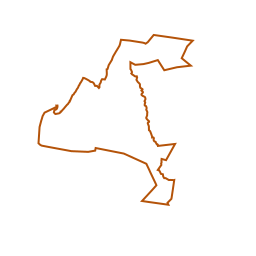 the district of San Agustín Chayuco, Oaxaca, Mexico, rotated 71°
{"feature_id": "50627088B20812688869072", "entity_name": "San Agustín Chayuco", "entity_type": "district", "adm_level": 2, "iso_a3": "MEX", "parent_name": "Mexico", "parent_adm1": "Oaxaca", "projection": "orthographic", "projection_center": [-97.81, 16.455], "detail": "fine", "context": "isolated", "style": "outline", "palette": "amber", "viewbox_px": 256, "rotation_deg": 71, "n_neighbors": 0, "source": "geoboundaries", "source_scale": "gbopen_adm2", "svg_char_len": 3446}
<svg xmlns="http://www.w3.org/2000/svg" viewBox="0 0 256 256"><g transform="rotate(71 128 128)"><path d="M62.3,125.8L65.4,128.0L65.6,128.2L65.6,129.1L69.3,130.2L70.9,130.8L72.3,131.8L73.3,132.8L74.6,134.1L74.1,135.1L73.4,136.6L74.5,138.0L76.1,139.0L77.7,140.9L80.3,141.8L80.4,142.0L80.7,142.5L78.0,143.7L77.5,145.4L74.5,145.8L73.1,146.6L72.1,148.5L71.6,148.6L71.4,148.8L70.1,149.7L67.5,152.1L66.4,153.3L66.0,154.1L67.2,155.1L69.2,157.4L69.8,158.1L69.9,158.5L71.7,160.2L71.8,160.6L73.4,162.0L73.7,162.3L74.8,163.9L75.0,164.1L75.7,164.8L76.7,165.9L77.4,167.2L78.5,168.4L78.9,169.8L79.2,170.1L82.6,173.2L83.2,173.7L83.2,174.1L83.4,174.3L83.8,174.3L84.4,174.9L84.5,175.4L85.0,176.0L85.9,177.2L86.1,177.9L88.1,181.3L88.7,182.2L89.8,184.3L90.6,185.6L90.5,186.4L90.8,186.6L91.1,186.6L91.5,187.5L91.7,188.4L91.3,191.0L91.2,191.9L90.7,192.4L89.1,193.0L87.2,191.8L87.0,189.8L86.9,189.6L86.6,189.0L85.7,188.2L84.6,187.6L83.8,187.4L83.5,188.4L84.0,188.4L84.8,188.8L84.8,189.3L85.2,192.3L86.3,201.9L89.0,204.9L90.6,206.0L92.0,207.0L92.6,207.5L93.7,208.2L93.8,208.3L98.0,211.1L98.3,211.3L113.3,217.6L115.5,216.4L116.6,215.3L120.1,209.2L131.5,189.0L137.6,173.4L138.7,166.4L136.4,165.1L150.8,140.3L167.8,122.3L175.1,121.5L176.5,121.4L189.8,119.9L191.4,119.8L194.6,125.5L196.1,128.3L201.6,138.5L204.4,133.1L213.7,114.8L211.6,115.0L209.1,110.0L208.5,109.7L208.0,109.4L200.9,105.7L192.2,101.2L192.1,102.0L191.7,102.8L190.9,104.9L190.5,106.3L187.7,108.7L187.2,110.1L185.4,110.5L183.1,110.1L182.1,111.8L179.9,112.0L177.9,112.4L177.8,113.0L177.4,113.5L175.8,111.3L173.8,108.5L172.2,108.2L171.7,107.6L170.9,107.3L169.7,107.0L168.2,106.3L170.8,102.5L158.4,88.7L154.7,105.5L153.6,105.2L153.0,105.5L153.0,106.0L152.8,106.1L150.5,106.5L150.1,106.4L149.9,106.6L149.2,107.4L148.9,107.5L148.4,107.7L148.0,107.7L147.1,107.5L146.7,107.2L146.2,106.9L145.8,106.9L145.5,106.9L145.3,107.0L145.0,107.5L144.8,108.3L144.0,108.0L141.1,108.0L138.4,108.1L137.8,108.3L137.2,108.7L136.9,108.9L133.1,107.7L130.1,107.8L129.5,107.5L129.2,106.9L129.2,106.6L129.1,106.3L129.1,106.2L128.5,105.9L127.0,106.7L125.3,107.4L124.7,107.4L124.4,107.5L124.2,107.4L122.3,105.8L120.2,105.0L119.8,104.7L118.7,104.5L116.7,104.8L116.5,104.6L115.4,104.0L114.7,103.8L113.5,103.8L113.1,103.9L112.2,104.8L111.9,104.8L110.8,104.4L110.7,104.2L109.9,103.7L109.7,103.5L109.3,103.5L109.1,103.4L108.2,103.7L107.9,103.6L107.0,102.6L106.4,102.1L105.6,101.9L104.5,101.9L104.0,102.1L103.9,102.2L103.6,102.5L103.1,102.9L103.0,103.0L102.4,103.7L101.9,104.0L101.2,104.4L100.8,104.4L100.6,104.3L100.2,104.0L99.4,102.5L99.0,102.2L98.1,102.3L97.3,103.0L96.9,103.1L96.5,102.3L96.2,101.7L95.9,101.7L95.8,101.8L93.9,103.3L93.2,103.2L92.3,103.1L90.9,102.6L90.5,102.5L89.5,102.8L89.3,102.9L87.6,103.8L87.1,103.9L86.6,104.0L85.9,104.2L85.5,104.3L85.1,104.3L84.9,104.1L84.7,103.9L84.3,103.6L83.5,103.3L83.1,102.9L82.0,102.9L82.0,103.3L81.9,103.5L82.0,103.6L81.7,103.9L81.4,104.5L81.2,104.8L80.5,105.2L79.5,105.9L78.9,106.5L78.5,106.7L77.5,107.1L77.2,106.5L76.4,106.0L75.0,106.1L73.7,106.2L73.1,106.5L66.6,104.3L70.6,100.6L72.6,92.6L73.2,87.2L73.5,77.7L85.2,74.9L86.5,61.9L89.5,48.3L79.5,54.5L74.4,49.5L70.1,45.5L66.5,38.4L60.7,49.5L57.3,56.0L48.4,73.4L53.3,81.4L54.0,83.9L53.0,84.9L52.0,86.4L45.9,97.9L42.3,105.9L46.0,108.2L47.5,109.3L47.6,109.5L49.2,111.3L49.7,112.0L49.8,112.1L50.1,112.4L50.2,112.5L51.7,114.4L53.1,116.0L54.7,117.9L55.7,119.0L58.2,121.0L58.3,121.0L62.3,125.8Z" fill="none" stroke="#b45309" stroke-width="2"/></g></svg>